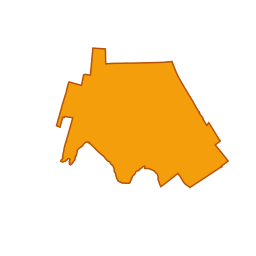 outline of Cernica, Ilfov, Romania, rotated 145°
{"feature_id": "2599482B74723640056211", "entity_name": "Cernica", "entity_type": "district", "adm_level": 2, "iso_a3": "ROU", "parent_name": "Romania", "parent_adm1": "Ilfov", "projection": "orthographic", "projection_center": [26.299, 44.376], "detail": "fine", "context": "isolated", "style": "filled", "palette": "amber", "viewbox_px": 256, "rotation_deg": 145, "n_neighbors": 0, "source": "geoboundaries", "source_scale": "gbopen_adm2", "svg_char_len": 5435}
<svg xmlns="http://www.w3.org/2000/svg" viewBox="0 0 256 256"><g transform="rotate(145 128 128)"><path d="M201.8,139.7L202.2,139.3L201.7,138.7L201.3,137.8L201.1,137.6L200.7,137.4L199.9,137.4L199.6,137.3L199.3,137.1L198.5,136.8L197.8,136.7L197.0,136.8L196.2,136.9L195.5,137.2L194.8,137.5L194.6,137.3L193.3,135.8L193.8,135.4L195.5,134.1L195.3,133.4L195.8,132.8L196.5,132.5L196.7,131.8L196.2,130.7L195.1,130.8L194.2,130.9L192.7,131.5L191.6,131.9L190.1,132.4L189.2,132.9L188.8,133.3L188.4,133.8L188.0,134.5L187.6,134.7L187.1,134.8L186.0,135.1L185.9,135.3L185.5,135.7L185.0,136.3L184.4,136.7L184.2,136.9L183.6,137.5L182.8,138.3L182.5,138.7L182.3,138.8L181.0,139.2L180.2,139.4L179.3,139.4L176.9,139.4L175.7,139.4L173.0,140.4L172.2,140.5L171.3,140.6L170.9,140.5L170.4,140.4L170.2,140.3L169.4,139.8L168.6,139.3L168.0,138.8L167.9,138.6L167.8,138.3L168.7,137.6L167.8,136.3L167.7,135.6L167.6,134.8L167.4,134.1L167.3,133.6L167.0,132.1L166.9,131.4L166.7,129.9L166.4,128.0L166.1,126.6L165.8,124.9L165.3,123.2L164.8,121.1L164.1,118.5L164.0,117.9L164.0,117.0L163.9,115.6L163.6,113.5L163.5,112.5L163.3,112.5L162.3,110.5L162.6,109.9L162.6,109.3L162.7,109.0L162.8,108.7L162.4,107.4L162.3,106.8L162.2,106.4L162.1,105.3L162.3,104.3L162.6,103.2L162.7,102.7L162.9,102.0L163.1,101.9L163.4,101.4L163.8,101.1L164.0,100.7L164.1,100.4L164.3,99.8L164.3,99.3L164.1,98.6L164.3,98.1L164.7,97.2L165.5,95.0L165.8,94.1L166.3,92.0L166.4,91.0L166.2,89.6L165.8,88.8L165.3,88.1L165.2,87.9L164.9,87.8L164.7,86.9L164.6,86.5L163.2,85.4L161.8,84.3L160.6,83.3L159.5,82.5L159.2,82.4L158.6,82.2L158.0,82.0L157.8,82.1L157.4,82.4L156.1,83.2L156.0,83.4L155.4,83.8L155.1,83.8L154.9,83.8L154.6,83.9L154.6,84.0L154.4,84.1L154.3,84.3L154.1,84.5L153.8,84.9L153.1,85.1L152.6,85.4L152.3,85.7L152.0,85.9L151.5,85.9L150.6,86.1L149.7,86.2L149.2,86.4L148.4,86.5L148.1,86.7L147.5,87.1L146.9,87.5L146.4,87.7L146.0,87.7L145.6,87.7L145.2,87.6L144.8,87.5L144.7,87.5L144.5,87.3L144.3,87.2L143.9,87.2L143.3,87.1L142.5,87.2L142.0,87.3L141.8,87.5L141.0,87.5L140.0,87.5L139.6,87.4L139.1,87.5L138.7,87.5L137.8,87.7L137.6,87.7L137.1,87.5L136.6,87.4L136.2,87.1L136.6,86.3L137.2,85.7L137.5,85.4L137.4,85.3L135.6,83.8L134.7,83.2L134.1,82.7L133.8,82.1L132.6,80.4L132.3,79.8L132.1,79.5L131.6,78.7L131.3,78.1L131.2,77.4L131.1,77.2L131.0,76.2L130.5,73.4L130.8,72.3L131.7,69.8L131.9,69.6L132.4,69.5L132.6,69.3L132.9,68.4L133.3,67.3L133.3,67.2L133.7,65.7L133.9,65.1L134.0,64.8L134.4,63.1L134.8,61.2L129.3,61.2L127.4,61.4L117.7,61.9L113.3,62.3L113.1,59.3L113.0,59.0L113.4,54.1L113.5,51.4L113.4,50.0L113.2,49.0L111.3,43.7L109.6,43.7L105.6,43.6L96.4,43.3L92.5,43.2L89.6,43.1L84.4,43.0L77.8,42.8L76.3,42.8L73.4,42.4L73.4,42.5L73.4,42.9L73.4,43.2L70.3,43.3L67.6,43.4L67.2,43.4L66.6,43.5L66.4,43.5L66.0,43.5L64.9,43.5L64.9,44.5L65.0,44.7L65.2,48.7L65.3,50.0L65.5,54.2L65.8,57.2L66.0,60.5L66.3,64.1L64.2,64.2L62.6,64.3L59.8,64.5L59.8,65.3L59.9,66.5L59.8,69.1L59.7,70.6L59.5,72.9L59.3,76.6L59.1,80.7L59.0,81.3L58.9,83.0L58.8,85.6L58.8,86.0L60.1,85.6L61.4,85.1L62.0,84.9L62.0,85.1L62.0,85.4L61.9,86.1L61.8,87.5L61.8,88.2L61.7,89.9L61.5,91.9L61.5,92.6L61.1,92.9L60.9,93.0L60.9,94.7L61.0,95.5L61.0,96.5L61.1,99.3L60.6,99.4L60.5,99.7L60.8,99.6L60.7,102.0L60.4,104.7L60.4,105.0L60.1,108.3L59.7,111.4L59.7,111.5L59.5,113.9L59.5,114.0L59.3,117.7L59.1,119.8L59.2,120.0L59.0,122.3L58.9,123.0L58.7,125.9L58.6,127.6L58.4,130.7L58.2,132.6L58.2,133.2L58.1,134.5L57.8,136.9L57.7,138.8L57.2,142.6L56.7,145.1L56.3,147.2L56.0,148.6L55.1,152.3L54.6,154.4L53.9,157.1L53.8,157.3L55.4,158.0L57.8,159.6L59.2,160.3L61.1,161.4L62.1,162.0L63.3,162.8L63.5,162.9L67.6,165.6L72.9,169.1L75.8,171.0L77.9,172.5L80.1,173.9L83.3,176.1L84.9,177.1L88.3,179.4L93.1,182.7L94.9,183.9L97.5,185.6L99.1,186.8L101.1,188.1L102.5,189.1L109.4,193.4L108.7,194.5L107.8,195.8L106.9,197.2L105.9,198.7L104.4,200.9L103.9,201.6L103.6,202.1L101.2,205.8L107.6,210.9L110.9,213.6L111.3,213.2L111.6,212.8L112.3,212.0L112.6,211.6L112.9,211.2L113.6,210.4L114.7,209.1L115.6,208.1L117.3,206.1L118.9,204.1L121.4,201.2L122.5,199.9L123.9,198.2L124.8,197.2L125.0,197.0L125.0,196.9L125.2,196.7L125.5,196.4L125.7,196.2L126.2,195.6L127.2,194.3L128.5,192.8L130.8,195.0L132.2,196.3L133.0,196.9L133.3,197.0L133.7,197.0L134.0,196.9L134.6,196.3L134.8,196.1L135.1,195.9L135.3,195.7L135.5,195.5L135.6,195.4L135.9,195.1L137.3,193.7L138.2,192.9L138.9,192.2L139.2,191.9L139.5,191.6L139.7,191.4L140.0,191.2L140.2,190.9L140.4,190.7L140.7,190.5L141.2,190.0L141.4,189.9L141.6,189.8L141.8,189.9L142.1,190.1L144.0,192.4L146.4,195.3L148.4,197.8L149.5,199.2L150.1,199.4L150.3,199.5L152.5,197.7L155.6,195.1L157.6,193.3L157.6,193.1L158.2,192.6L158.9,192.1L159.4,191.8L160.2,191.2L161.4,190.2L163.6,188.5L165.5,187.0L166.1,186.5L166.4,186.3L166.9,185.9L167.2,185.7L167.7,185.3L167.9,185.1L168.2,184.9L169.7,183.7L171.2,182.4L172.0,181.7L172.9,181.0L174.3,179.9L175.4,179.0L176.8,177.7L178.3,176.6L179.6,175.5L181.0,174.4L182.4,173.2L185.3,170.9L183.2,167.7L175.4,174.2L174.5,173.3L174.3,173.2L174.2,173.3L173.5,173.9L173.4,173.8L173.0,173.5L172.1,172.6L171.2,171.8L170.5,171.0L169.3,170.0L168.0,168.7L167.6,168.3L167.4,168.1L167.6,168.0L168.4,167.2L169.1,166.7L170.1,165.8L171.1,165.0L175.0,161.8L176.0,161.0L178.1,159.3L180.0,157.7L182.1,156.0L184.1,154.4L185.5,153.3L186.3,152.5L186.9,152.2L188.8,150.7L191.4,148.5L191.9,148.0L195.2,144.7L197.7,142.3L198.3,141.7L198.5,140.9L198.8,140.7L199.0,140.4L199.4,140.3L201.0,140.1L201.5,139.9L201.8,139.7Z" fill="#f59e0b" stroke="#b45309" stroke-width="1.5"/></g></svg>